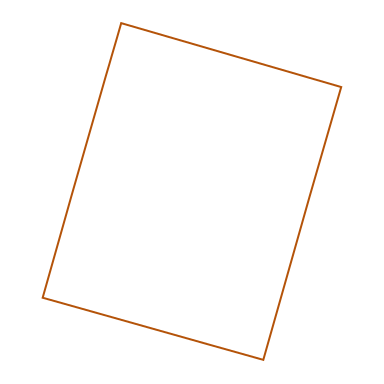 Freeborn, Minnesota, United States of America, rotated 106°
{"feature_id": "52423323B49895412889329", "entity_name": "Freeborn", "entity_type": "district", "adm_level": 2, "iso_a3": "USA", "parent_name": "United States of America", "parent_adm1": "Minnesota", "projection": "albers", "projection_center": [-93.401, 43.674], "detail": "fine", "context": "isolated", "style": "outline", "palette": "amber", "viewbox_px": 384, "rotation_deg": 106, "n_neighbors": 0, "source": "geoboundaries", "source_scale": "gbopen_adm2", "svg_char_len": 446}
<svg xmlns="http://www.w3.org/2000/svg" viewBox="0 0 384 384"><g transform="rotate(106 192 192)"><path d="M121.2,306.8L125.6,306.8L128.5,306.8L132.9,306.8L134.9,306.8L154.0,306.8L168.1,306.8L228.7,306.8L249.2,306.7L277.6,306.6L334.8,306.4L334.5,249.1L334.0,134.6L333.7,77.2L164.5,77.7L50.0,77.5L49.2,306.6L64.1,306.6L83.4,306.7L92.0,306.7L104.6,306.8L106.4,306.8L121.2,306.8L121.2,306.8Z" fill="none" stroke="#b45309" stroke-width="2"/></g></svg>